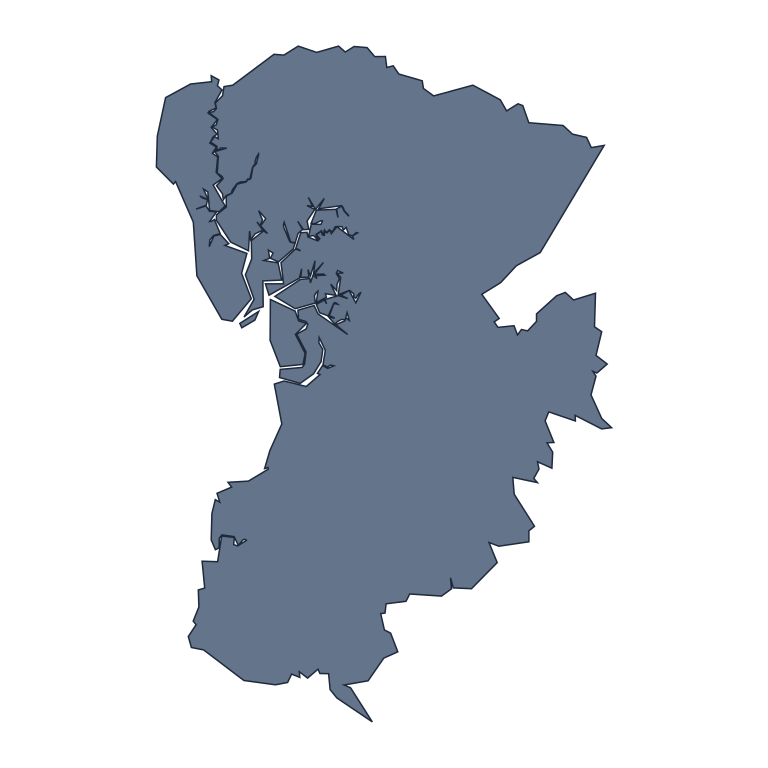 outline of Naranjal, Guayas, Ecuador
{"feature_id": "8360857B52535355247444", "entity_name": "Naranjal", "entity_type": "district", "adm_level": 2, "iso_a3": "ECU", "parent_name": "Ecuador", "parent_adm1": "Guayas", "projection": "robinson", "projection_center": [-79.674, -2.573], "detail": "fine", "context": "isolated", "style": "filled", "palette": "slate", "viewbox_px": 768, "rotation_deg": 0, "n_neighbors": 0, "source": "geoboundaries", "source_scale": "gbopen_adm2", "svg_char_len": 6106}
<svg xmlns="http://www.w3.org/2000/svg" viewBox="0 0 768 768"><path d="M372.3,721.9L350.6,687.8L344.1,685.0L368.1,680.8L383.8,658.1L397.8,651.8L390.6,633.1L384.4,629.9L380.7,613.6L385.0,613.1L386.1,603.8L406.0,601.3L409.7,594.0L441.5,596.1L451.5,588.8L450.5,577.8L453.3,587.9L471.5,588.7L497.2,562.6L489.0,542.5L498.9,546.2L528.9,541.8L528.9,530.8L534.5,526.3L514.2,494.2L512.8,477.4L537.4,482.6L533.8,478.4L539.0,469.0L537.5,461.8L551.9,468.2L552.7,452.2L547.0,442.8L553.9,442.5L545.1,420.8L548.8,411.9L575.4,421.0L575.2,415.4L601.6,428.9L611.6,427.7L601.7,418.4L591.0,394.9L596.0,376.2L592.9,371.4L596.9,373.0L607.2,364.1L596.0,355.4L601.7,331.7L594.5,326.8L595.5,293.2L573.5,300.0L565.3,292.4L556.6,295.8L536.5,313.9L536.5,321.4L527.6,330.9L521.5,329.5L517.5,334.9L514.0,325.7L498.0,327.4L494.2,321.9L499.2,318.5L481.8,294.3L500.6,282.7L516.4,265.7L540.2,252.6L604.2,145.4L591.3,147.6L586.6,137.4L572.4,134.1L563.1,125.5L528.8,122.7L522.8,105.6L518.0,103.8L506.6,110.9L500.3,99.8L472.9,85.2L433.6,95.9L423.5,88.5L422.2,80.8L398.8,74.0L393.2,65.8L386.8,67.5L385.4,56.5L374.7,56.6L367.1,47.6L354.2,46.5L345.2,52.0L338.6,46.1L316.6,52.4L298.2,46.1L283.9,55.1L274.0,54.3L232.7,85.2L224.0,86.6L222.5,95.8L215.3,103.1L216.5,108.4L213.5,111.7L208.8,112.5L217.9,119.4L216.2,124.9L211.9,126.8L217.5,130.1L218.3,138.7L214.6,136.6L210.5,142.0L217.0,146.4L216.8,148.9L212.9,153.0L214.8,151.1L218.0,149.4L220.0,149.2L220.6,148.0L226.8,148.1L214.8,151.6L218.4,156.5L217.2,173.0L222.0,176.4L223.1,178.6L216.5,185.7L222.4,193.7L223.4,199.6L226.1,195.6L231.1,193.5L232.5,189.7L237.2,183.4L240.7,181.9L245.8,181.6L247.9,178.9L249.8,179.1L252.6,167.2L254.5,164.4L256.1,163.6L255.2,162.9L255.0,162.1L256.2,157.7L258.6,153.8L258.7,154.3L256.3,163.8L252.8,167.3L251.0,178.1L249.7,179.5L247.7,179.6L246.1,182.0L237.2,184.1L232.0,193.3L226.2,196.2L226.3,207.0L216.5,214.8L216.3,220.1L230.7,242.1L248.5,250.8L249.6,231.0L250.7,239.7L255.2,233.7L262.8,230.2L256.9,221.9L260.0,225.6L262.5,219.9L258.6,210.7L265.8,218.6L260.6,225.9L267.5,233.5L263.6,230.9L251.3,240.6L251.7,258.9L245.4,274.9L254.1,299.3L244.0,317.0L252.4,309.9L263.2,306.7L262.9,280.9L281.7,280.1L278.1,262.9L263.9,260.5L269.6,258.3L268.4,250.1L273.1,253.0L270.4,258.3L278.5,261.9L293.1,249.1L295.2,243.1L290.7,242.3L289.7,241.6L283.7,227.2L283.5,224.6L284.2,222.3L290.7,242.0L295.2,242.7L298.1,233.4L302.6,229.5L297.7,221.3L303.5,229.7L308.8,229.4L307.1,221.0L314.8,209.4L306.9,205.6L312.6,206.3L308.3,197.4L315.5,209.4L324.3,198.4L318.6,208.8L341.6,205.6L343.4,207.9L344.2,210.6L348.3,215.0L348.8,216.3L344.2,211.2L341.6,206.0L336.6,208.9L338.0,217.5L336.1,209.3L316.4,210.2L311.1,223.4L314.7,223.7L321.3,220.6L322.5,220.9L320.9,224.4L311.3,224.2L308.5,236.5L313.6,235.5L318.1,240.5L319.4,238.6L317.3,238.1L316.1,235.4L316.2,234.3L321.5,230.7L323.5,235.1L324.3,234.6L323.7,232.7L324.1,231.1L324.7,230.3L326.7,232.4L329.4,229.8L332.6,231.8L335.1,226.8L336.5,226.5L342.0,226.7L343.3,230.0L346.2,227.5L348.9,234.9L352.5,235.8L356.4,232.5L357.6,232.9L352.3,236.0L353.9,239.4L336.9,226.7L331.4,233.7L329.3,230.1L327.2,232.8L325.6,232.3L324.6,230.6L324.3,235.4L322.3,234.8L321.4,231.4L316.3,234.7L319.8,238.7L317.9,240.9L308.0,237.0L307.0,232.3L300.8,232.7L295.7,248.5L297.8,249.1L300.6,250.8L295.5,249.0L281.0,262.7L283.6,283.8L265.4,283.8L269.0,295.2L299.3,278.2L301.7,268.8L300.8,277.4L309.0,277.1L307.9,269.5L310.5,275.8L315.1,260.8L313.6,273.6L323.4,262.5L314.2,274.3L323.7,274.1L324.9,275.1L315.6,275.7L317.0,278.6L313.1,275.1L310.4,282.9L309.9,278.5L300.3,279.5L274.9,296.4L295.2,308.7L315.4,303.0L314.4,295.8L315.7,293.2L317.9,291.2L316.3,302.7L326.4,297.2L325.4,293.7L336.1,295.4L330.7,284.1L336.7,290.7L337.0,284.5L339.4,278.6L336.3,273.6L337.5,270.5L343.2,273.1L337.2,273.1L340.7,277.5L338.2,294.7L349.6,290.3L353.6,293.7L354.0,295.4L353.2,296.5L355.8,298.2L357.7,295.2L361.0,292.1L355.8,302.8L349.1,290.6L340.8,295.1L347.9,298.6L338.4,295.6L325.0,299.5L326.6,303.8L324.4,300.0L316.3,304.4L319.6,312.7L328.3,315.9L333.8,303.2L334.7,302.6L336.0,302.8L337.7,304.2L333.9,303.5L329.3,315.8L331.5,316.5L333.9,317.7L334.6,318.3L328.5,316.8L334.9,324.3L337.3,321.7L341.4,319.5L345.2,319.6L347.1,312.6L349.3,320.4L346.0,317.8L344.8,320.9L335.8,324.7L347.7,334.5L318.0,313.9L314.1,305.5L297.9,310.2L298.6,319.3L305.6,321.4L307.8,324.1L306.2,328.9L296.7,334.2L306.0,352.0L304.6,364.0L302.2,367.4L280.2,369.4L279.5,377.5L300.2,383.4L313.6,373.8L321.1,361.6L322.8,349.5L318.9,342.8L319.2,337.6L325.3,350.2L323.0,364.8L327.3,367.0L330.6,365.0L333.9,365.9L327.6,368.4L322.6,365.5L317.4,373.4L320.1,374.5L306.2,386.5L284.2,381.0L274.3,384.1L281.8,424.0L269.9,450.5L264.6,468.6L268.1,467.6L268.2,469.2L248.4,481.1L228.0,482.3L231.6,487.1L217.0,493.3L219.8,502.2L215.3,499.6L211.9,513.5L211.2,539.9L215.4,549.7L219.1,547.9L219.3,538.3L221.9,534.9L234.1,536.6L238.3,545.3L243.2,539.6L245.6,539.4L246.4,540.5L237.6,545.9L233.7,544.6L234.3,537.5L221.7,536.0L217.6,561.7L202.1,561.2L204.7,588.1L198.3,589.9L198.9,606.9L193.2,621.1L196.1,624.7L188.3,636.5L191.4,647.5L203.6,649.9L243.9,680.5L275.5,684.8L287.6,682.5L291.6,674.1L299.8,677.4L299.3,671.7L307.6,678.1L318.0,669.2L319.9,673.5L328.6,673.7L330.1,689.6L336.9,698.0L372.3,721.9ZM165.6,97.6L157.3,136.2L156.4,167.0L173.4,184.1L175.6,181.6L193.3,222.1L196.9,275.8L221.8,319.3L232.4,321.2L251.3,298.7L241.6,273.3L246.9,253.4L224.9,245.4L228.8,243.7L220.3,234.5L213.9,235.9L209.2,246.7L209.9,239.8L213.7,235.4L220.2,233.6L214.4,219.5L211.6,221.3L209.6,221.5L216.5,211.9L209.4,211.3L206.2,205.9L196.0,209.1L206.4,205.1L207.5,199.6L202.7,198.1L199.8,195.9L208.3,199.8L203.5,189.1L207.8,191.8L209.6,210.5L219.2,211.7L225.1,206.0L213.2,185.0L222.1,178.6L216.2,172.4L217.7,157.0L212.4,153.2L216.4,147.0L209.8,143.1L213.3,136.6L217.1,134.2L211.2,127.4L217.4,119.6L208.2,113.2L209.0,111.3L216.2,108.0L214.9,102.6L222.0,89.9L217.4,85.8L219.0,80.0L211.2,75.7L211.6,81.7L190.6,84.0L165.6,97.6ZM303.0,364.4L305.1,353.3L295.4,334.4L306.5,323.4L298.6,320.9L295.2,311.1L270.4,299.5L270.1,340.4L280.3,366.7L303.0,364.4ZM241.8,327.8L254.9,320.1L258.7,311.4L239.8,323.4L241.8,327.8Z" fill="#64748b" stroke="#1e293b" stroke-width="1.5"/></svg>